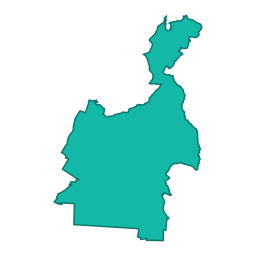 Ghidfalau, Covasna, Romania (Albers equal-area conic projection)
{"feature_id": "2599482B32628699176432", "entity_name": "Ghidfalau", "entity_type": "district", "adm_level": 2, "iso_a3": "ROU", "parent_name": "Romania", "parent_adm1": "Covasna", "projection": "albers", "projection_center": [25.894, 45.924], "detail": "fine", "context": "isolated", "style": "filled", "palette": "teal", "viewbox_px": 256, "rotation_deg": 0, "n_neighbors": 0, "source": "geoboundaries", "source_scale": "gbopen_adm2", "svg_char_len": 5803}
<svg xmlns="http://www.w3.org/2000/svg" viewBox="0 0 256 256"><path d="M165.8,230.2L166.9,218.8L168.8,218.7L168.5,217.5L166.9,216.1L164.9,213.2L163.9,212.3L163.8,210.8L163.1,208.8L163.1,208.4L163.7,205.9L163.7,204.7L164.0,203.4L164.7,202.2L164.0,200.9L163.9,199.9L163.1,198.0L162.7,197.9L162.4,197.5L162.3,195.0L162.0,194.9L162.5,193.9L163.4,194.6L164.0,193.1L165.2,193.2L170.0,195.3L170.1,194.6L170.4,194.3L171.1,194.8L171.1,194.4L169.4,192.6L169.2,191.8L169.5,191.0L169.4,190.2L168.3,188.0L168.3,187.3L167.4,185.8L166.4,185.2L166.1,184.7L166.1,183.9L166.4,183.3L165.2,182.3L165.5,181.2L166.4,180.2L168.4,179.2L169.7,177.8L166.0,174.8L165.8,174.5L166.6,172.4L167.6,171.4L168.5,170.8L170.1,166.7L173.5,163.7L178.4,163.4L179.8,162.7L180.9,162.7L184.6,164.3L186.1,164.3L187.0,164.7L190.7,165.7L193.5,167.1L194.3,168.4L195.0,168.9L195.8,169.9L196.7,170.0L197.7,169.0L197.9,165.7L198.4,163.5L198.8,162.9L199.0,163.0L198.8,162.1L199.3,161.2L199.5,160.3L199.8,159.6L200.1,159.5L200.0,158.6L199.1,157.3L199.1,156.3L198.7,156.0L199.1,155.9L198.7,155.3L198.4,155.6L198.3,155.4L198.4,154.7L198.1,154.5L199.0,152.8L199.5,152.3L199.0,151.1L199.5,150.3L199.1,150.1L199.3,149.8L199.7,150.0L200.2,149.7L200.3,148.8L200.0,148.5L199.6,147.0L199.0,147.1L198.7,146.9L198.5,146.2L199.0,145.1L198.6,144.7L197.7,142.3L197.9,141.8L197.7,139.6L197.8,137.9L197.6,137.7L197.7,137.3L197.2,136.5L197.6,135.5L197.7,133.8L197.1,132.5L197.0,130.3L196.6,130.0L196.7,129.4L195.8,128.7L195.0,128.4L193.8,127.0L192.6,126.4L191.8,125.3L191.8,124.8L191.4,124.8L191.2,124.1L189.3,123.1L189.0,122.5L189.1,122.2L188.5,121.8L187.6,120.1L186.0,120.0L185.6,119.5L185.2,118.6L185.0,116.0L184.5,114.9L184.6,114.3L184.4,113.8L184.6,112.3L184.2,111.7L183.4,111.4L183.1,110.5L182.3,109.4L182.0,107.4L181.6,106.6L181.6,105.3L182.0,105.2L182.0,104.2L182.6,103.7L183.6,100.2L184.2,99.2L184.3,97.0L184.7,96.5L185.1,95.6L183.4,92.1L183.4,90.8L183.1,89.8L180.8,86.8L180.2,86.6L178.9,85.4L178.4,85.5L176.6,84.6L176.2,83.5L175.4,82.2L174.3,81.2L173.8,79.3L173.0,78.5L172.8,77.8L173.2,76.2L172.8,75.7L171.3,75.6L169.4,74.8L167.5,75.0L166.6,74.9L165.8,74.3L164.3,73.9L163.4,73.1L163.4,71.8L163.9,70.6L164.1,69.2L164.6,68.3L165.5,67.7L165.7,66.9L166.9,66.2L167.6,66.3L168.1,66.5L168.1,66.9L167.9,67.1L168.6,68.2L169.2,68.4L169.9,68.0L170.6,68.1L171.0,67.4L171.7,67.1L172.7,66.0L173.8,64.5L174.2,63.3L174.3,62.1L175.5,60.9L175.9,60.9L176.3,59.7L178.1,58.1L180.4,55.4L182.6,54.4L181.7,52.8L180.7,52.5L179.8,51.7L178.6,51.3L179.5,50.5L179.8,49.8L180.6,49.5L181.1,48.8L180.7,48.0L181.0,47.5L182.1,48.2L186.1,48.5L186.6,48.4L187.4,47.5L188.4,44.6L188.5,42.3L188.9,41.8L189.0,41.3L189.3,40.8L189.6,41.6L190.5,40.9L190.5,40.5L190.1,39.9L188.8,39.5L189.3,36.8L190.7,37.0L192.9,36.9L194.8,37.4L196.6,37.4L197.9,35.9L198.8,35.4L198.7,35.0L199.0,33.8L198.5,33.0L198.7,32.6L198.6,31.8L199.1,31.2L199.4,31.2L199.6,30.7L200.2,30.4L201.7,27.9L201.7,26.6L200.6,24.3L197.0,22.5L195.9,22.3L193.3,20.2L192.4,19.8L191.6,19.9L188.4,18.9L187.1,18.0L186.9,16.1L186.7,15.6L186.2,15.4L185.8,15.4L185.6,16.5L183.5,16.2L183.4,17.2L184.0,18.2L183.7,18.3L181.0,20.8L179.7,21.2L177.7,20.5L176.5,21.4L176.1,21.3L175.8,21.7L173.8,21.7L171.1,22.5L170.5,22.3L169.8,22.6L169.5,23.1L170.8,23.1L170.5,24.6L171.0,26.6L170.9,27.2L171.7,28.2L171.7,28.4L171.5,28.6L170.9,28.1L170.4,28.2L170.3,28.5L170.6,28.8L170.6,29.6L168.1,30.9L167.8,30.6L167.3,30.8L167.1,30.2L166.0,30.1L165.6,29.3L165.7,27.2L165.2,26.3L165.2,25.4L164.8,25.0L165.0,24.6L166.1,24.2L166.0,23.5L165.3,23.6L165.4,23.4L165.2,21.3L165.7,20.7L167.2,20.5L165.7,20.5L165.8,20.2L165.6,19.7L165.8,19.3L165.6,18.8L165.8,17.9L166.3,16.8L166.2,16.3L164.6,18.0L164.4,19.8L164.5,20.6L163.9,21.6L163.7,22.7L161.5,23.7L160.3,25.1L159.2,25.4L157.9,26.5L157.6,27.0L157.4,29.4L157.2,30.3L156.1,31.5L155.0,34.0L150.0,38.8L149.5,39.5L149.5,40.3L149.7,40.8L151.1,42.1L152.4,43.9L152.5,44.9L152.2,45.8L150.0,50.8L149.2,52.1L148.5,52.6L143.5,54.4L145.8,56.1L147.2,58.5L148.2,61.8L148.6,64.2L149.7,66.0L149.2,68.8L149.4,69.7L149.7,70.5L150.8,71.8L152.7,73.6L152.9,74.2L153.1,76.9L152.6,78.8L152.2,79.9L150.7,81.3L150.1,82.7L149.4,83.4L151.6,84.0L152.8,83.7L154.7,83.6L156.0,84.2L157.5,84.4L161.2,83.9L160.8,84.8L158.8,88.4L155.8,90.8L154.6,92.2L153.2,94.5L152.3,94.5L151.0,96.7L149.3,97.9L149.2,99.8L149.4,100.8L148.9,101.9L145.1,103.3L143.9,104.5L142.8,105.1L139.0,104.5L138.8,104.5L138.5,105.1L136.9,105.0L136.5,105.4L136.3,106.4L135.9,106.7L134.5,107.0L133.7,107.7L129.3,108.9L128.9,109.7L128.8,110.7L128.3,111.9L127.4,112.4L126.9,112.6L122.9,112.1L121.4,113.1L114.7,114.7L113.5,115.4L112.9,116.0L109.0,116.4L107.5,117.1L106.7,117.0L102.9,113.8L103.5,113.4L104.4,111.5L103.9,110.1L104.6,109.0L104.5,108.7L103.0,108.2L100.6,105.2L98.6,104.6L96.7,104.9L95.0,103.1L94.8,102.6L95.0,102.3L97.1,102.4L97.6,102.2L97.5,101.8L96.3,101.6L96.3,100.2L95.4,100.5L94.9,101.1L94.7,100.7L94.0,101.0L93.6,100.6L92.6,101.1L91.6,101.2L91.3,101.0L91.3,100.6L90.7,100.3L89.8,100.7L89.1,100.3L88.5,103.4L85.4,112.7L80.0,110.8L76.2,116.7L75.3,118.3L73.5,125.7L73.1,130.5L72.5,131.6L69.9,134.8L68.3,137.4L68.1,139.2L67.5,140.7L67.1,144.0L65.6,145.7L61.5,152.5L63.6,153.7L65.4,155.2L65.6,155.4L65.5,156.8L66.0,158.2L66.4,158.3L67.2,158.0L68.6,159.0L62.5,169.2L72.6,175.7L76.6,178.6L78.3,179.1L78.5,179.4L76.7,179.6L75.8,180.8L75.6,181.7L74.9,182.3L72.5,181.7L71.1,181.9L70.6,182.3L70.3,183.6L69.7,184.3L71.4,184.5L71.6,184.8L71.4,185.2L69.5,185.9L67.2,188.4L65.9,189.2L65.2,190.2L63.2,191.2L62.5,191.9L60.3,193.0L58.4,193.6L58.1,194.0L58.1,194.4L56.7,197.1L56.7,197.5L57.3,198.3L54.3,201.7L54.7,202.2L58.2,203.9L58.4,202.8L59.9,203.0L59.8,204.1L62.1,204.2L62.2,203.0L74.4,203.5L73.9,224.6L138.4,228.6L138.2,229.2L138.7,230.8L137.6,237.0L140.5,237.5L140.6,239.4L146.0,238.7L146.6,240.3L163.3,240.6L163.5,230.0L165.8,230.2Z" fill="#14b8a6" stroke="#0f766e" stroke-width="1.5"/></svg>